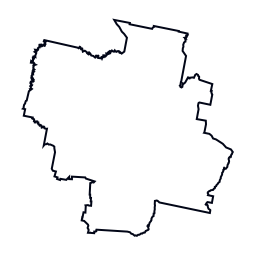 the district of Macedon Ranges, Victoria, Australia, rotated 183°
{"feature_id": "25037944B22463121274190", "entity_name": "Macedon Ranges", "entity_type": "district", "adm_level": 2, "iso_a3": "AUS", "parent_name": "Australia", "parent_adm1": "Victoria", "projection": "equal_earth", "projection_center": [144.673, -37.333], "detail": "fine", "context": "isolated", "style": "outline", "palette": "ink", "viewbox_px": 256, "rotation_deg": 183, "n_neighbors": 0, "source": "geoboundaries", "source_scale": "gbopen_adm2", "svg_char_len": 5851}
<svg xmlns="http://www.w3.org/2000/svg" viewBox="0 0 256 256"><g transform="rotate(183 128 128)"><path d="M46.1,176.3L59.1,179.9L59.7,180.9L59.6,182.5L59.7,183.1L60.6,183.6L60.9,184.7L62.4,185.5L63.6,184.6L64.8,181.6L66.0,181.9L68.6,181.5L68.9,180.8L69.4,180.7L69.9,180.9L70.3,181.6L70.7,181.7L73.3,176.4L74.7,175.1L75.5,175.4L75.9,171.9L76.7,171.3L77.7,171.7L78.1,172.8L78.4,173.0L77.9,173.8L77.6,176.5L77.4,176.5L73.8,203.0L77.5,207.8L77.4,210.6L76.9,212.0L77.2,214.0L76.5,216.3L75.7,217.2L75.2,217.3L75.1,219.3L75.7,220.1L75.6,220.7L76.1,221.1L75.7,221.2L75.3,221.0L75.5,221.4L75.1,221.6L75.6,221.9L74.7,221.8L74.7,222.2L74.3,222.4L74.5,222.9L74.0,222.8L73.4,223.6L73.3,224.1L73.5,224.4L73.3,224.7L74.0,225.0L73.8,225.5L82.4,226.9L82.3,227.5L107.4,231.2L107.2,230.4L108.5,229.6L109.1,228.3L131.8,231.7L131.6,233.0L147.4,235.2L144.6,231.0L142.0,228.5L139.2,223.9L136.8,221.8L133.8,218.1L135.7,204.1L138.2,202.0L139.2,202.9L139.6,202.5L140.3,202.7L140.4,203.8L140.8,204.1L141.4,203.9L141.7,204.3L142.1,204.3L143.3,203.6L143.5,203.9L144.5,203.7L145.3,204.8L146.1,203.5L146.7,203.8L147.3,203.8L148.1,204.5L148.6,203.7L150.1,204.0L150.9,203.3L150.6,203.2L150.2,202.6L149.5,202.7L149.7,201.7L151.5,200.9L152.0,202.3L152.4,201.9L152.4,201.1L153.5,201.2L153.0,199.9L154.3,198.2L154.6,198.3L154.5,199.1L154.8,199.3L156.4,199.3L156.4,198.9L155.9,198.1L155.9,197.5L157.1,197.4L157.6,196.0L157.8,196.4L157.9,197.6L158.3,197.4L158.8,196.2L161.6,196.4L161.9,197.1L161.3,198.1L161.3,198.5L161.6,198.7L162.4,198.2L163.1,198.6L163.7,198.5L163.7,197.7L164.0,196.8L164.2,196.6L164.7,196.7L166.3,198.1L168.5,198.5L169.6,200.4L170.9,201.5L171.2,201.2L170.7,199.6L171.2,199.4L172.9,200.7L173.2,201.7L175.2,202.9L177.1,201.9L177.9,205.0L178.3,205.1L178.1,204.1L178.9,204.1L180.1,205.5L180.0,206.4L180.4,206.6L181.6,205.1L182.5,205.6L216.2,211.4L216.6,210.3L214.9,209.6L215.7,208.7L215.0,208.0L214.8,207.4L215.3,206.9L216.0,207.3L216.4,206.9L215.4,206.5L215.3,205.9L215.7,205.7L216.3,206.4L217.0,206.4L217.2,206.2L217.2,205.8L218.0,205.3L218.7,206.8L220.8,206.5L220.9,206.2L220.6,205.6L219.9,205.4L219.8,204.7L220.2,204.6L220.6,205.0L220.6,203.8L221.4,203.8L222.2,202.9L222.2,202.5L221.8,201.8L221.9,201.4L222.3,201.1L224.8,201.3L224.5,200.7L224.6,200.2L223.8,200.3L223.5,199.9L225.1,199.1L223.5,198.1L224.4,195.3L224.2,194.1L225.5,194.7L226.0,194.5L225.4,193.6L226.0,193.2L225.4,192.9L225.5,192.5L226.6,192.9L226.4,190.4L227.6,189.5L228.2,189.9L228.4,188.2L227.8,188.2L227.2,188.0L226.6,188.5L226.0,188.6L225.2,187.9L225.2,187.2L223.6,186.4L225.8,185.5L225.7,185.2L225.3,185.0L225.8,183.8L225.5,183.1L225.7,181.8L225.0,181.8L224.5,181.4L226.0,180.0L224.9,179.3L225.4,178.9L226.1,179.0L226.5,178.0L226.5,177.1L225.6,177.2L225.5,176.4L226.4,176.1L227.0,175.1L226.5,174.1L227.0,173.7L225.8,172.8L226.1,172.5L226.4,172.9L226.8,172.8L227.0,172.4L226.3,171.2L225.9,171.0L224.9,171.4L224.7,171.2L225.0,170.7L225.0,169.8L224.8,169.7L225.0,169.4L226.6,169.6L227.5,169.2L227.9,167.8L227.2,166.8L226.9,167.0L227.0,166.1L226.0,165.8L226.1,165.5L227.7,165.0L227.8,164.7L227.1,164.3L227.2,163.0L227.0,162.5L226.7,162.5L226.0,162.0L226.7,161.4L227.1,161.6L227.9,161.6L227.6,160.7L228.9,159.5L230.6,150.1L231.4,149.7L231.9,148.2L232.0,147.1L232.9,145.9L233.3,143.7L233.2,142.6L233.9,141.8L231.7,141.4L232.7,134.8L223.8,133.5L224.2,132.5L223.8,132.2L222.8,132.2L222.2,131.7L222.2,130.8L221.9,130.4L222.2,129.8L221.5,129.4L221.4,128.7L220.7,128.7L220.8,129.5L219.3,129.9L218.8,129.8L218.3,128.3L217.8,128.5L217.6,126.9L216.6,126.4L216.3,125.7L215.9,125.8L215.8,126.5L214.8,126.1L214.2,123.9L212.7,124.5L213.0,124.8L212.9,125.0L212.1,125.0L211.6,124.5L211.6,123.6L211.4,123.3L209.4,122.9L208.9,123.0L211.2,106.1L210.3,107.3L208.6,107.6L207.7,108.3L206.2,107.3L204.8,107.5L201.6,106.3L200.6,105.5L200.5,103.9L199.6,100.0L202.0,83.3L200.8,81.4L197.7,80.8L198.9,75.8L195.8,75.0L196.2,73.4L193.1,72.5L192.8,73.7L186.9,73.0L184.2,76.1L184.1,73.9L181.3,73.9L181.4,76.5L181.1,76.5L168.1,76.4L167.4,75.3L158.5,72.9L159.2,72.1L159.6,72.9L160.5,72.7L161.2,71.6L162.8,71.0L162.8,59.5L162.3,59.5L162.1,56.2L161.3,56.2L161.4,52.7L160.7,52.7L160.8,48.4L163.0,48.5L163.9,48.9L166.4,48.5L166.1,47.7L166.1,41.3L168.0,41.5L168.7,36.5L169.0,36.6L169.4,33.3L166.9,32.9L162.9,29.4L162.5,28.3L163.1,26.2L162.9,25.6L162.1,24.7L162.0,23.4L162.5,21.3L160.3,21.3L160.1,21.5L159.6,21.3L156.3,21.2L156.3,22.8L155.1,22.8L154.3,23.2L154.4,24.0L154.2,24.8L123.3,24.5L120.6,24.0L119.2,22.6L117.7,22.3L115.7,20.8L114.6,21.2L113.5,20.8L112.3,21.9L111.0,22.0L109.3,23.4L108.3,23.3L107.1,24.3L105.8,24.4L104.9,26.1L102.4,27.4L102.1,27.9L102.3,28.9L102.8,30.3L103.4,30.9L103.3,31.5L103.0,31.7L102.5,31.1L102.1,31.3L102.4,32.4L101.9,32.5L101.4,34.7L100.2,36.2L100.1,36.8L99.7,37.4L99.9,38.3L99.4,39.8L98.7,40.9L97.9,41.3L97.9,43.9L97.2,44.1L97.1,44.4L97.3,46.2L97.0,48.3L97.2,49.9L97.0,52.4L97.3,53.2L97.3,56.6L95.4,57.1L94.0,56.4L92.8,55.3L41.8,47.4L41.5,50.0L41.6,50.5L43.3,51.5L43.6,52.0L44.3,53.9L44.3,54.7L45.2,55.9L46.0,55.4L46.4,55.7L45.3,57.7L44.6,58.2L40.3,57.6L39.4,64.3L44.6,65.1L44.3,65.9L45.0,67.2L44.9,68.0L43.5,69.3L43.0,69.3L42.2,70.1L39.7,70.7L39.2,71.8L38.4,72.2L38.0,72.8L38.2,73.7L36.9,74.6L36.7,75.5L35.3,77.1L35.0,77.9L33.7,79.0L33.6,80.7L32.7,82.6L32.8,83.7L31.6,86.4L31.6,88.3L31.0,88.9L30.8,89.5L30.5,90.3L30.7,91.0L29.9,91.6L30.1,93.0L29.9,93.3L28.8,92.4L28.2,92.4L26.8,94.3L26.6,96.4L26.0,97.5L26.0,98.0L25.7,98.1L25.3,99.7L25.4,100.7L25.9,102.3L25.7,103.3L25.5,103.7L24.9,103.8L24.8,104.2L24.7,105.1L24.9,105.4L23.8,104.8L23.4,106.9L22.8,107.5L22.6,108.5L22.1,109.5L24.1,112.0L29.0,113.7L32.5,117.2L39.5,121.2L42.5,122.0L44.1,124.7L46.4,126.4L51.7,127.2L51.5,127.5L50.3,135.8L50.7,139.4L59.8,140.5L58.5,150.5L59.3,153.9L58.9,156.5L58.7,156.8L58.0,157.2L47.0,155.5L45.6,165.8L46.0,166.2L46.1,166.9L46.6,167.6L46.4,169.4L47.2,169.4L46.1,176.3Z" fill="none" stroke="#020617" stroke-width="2"/></g></svg>